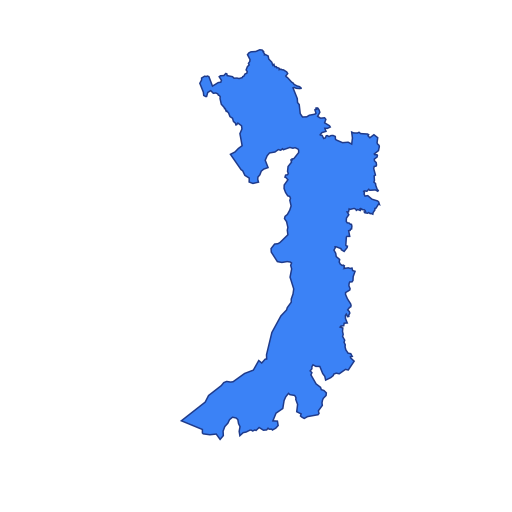 the border of Inner Mongol, rotated 301°
{"feature_id": "CHN-1838", "entity_name": "Inner Mongol", "entity_type": "Autonomous Region", "adm_level": 1, "iso_a3": "CHN", "parent_name": "China", "parent_adm1": "", "projection": "albers", "projection_center": [116.94, 45.357], "detail": "fine", "context": "isolated", "style": "filled", "palette": "blue", "viewbox_px": 512, "rotation_deg": 301, "n_neighbors": 0, "source": "natural_earth", "source_scale": "10m", "svg_char_len": 6156}
<svg xmlns="http://www.w3.org/2000/svg" viewBox="0 0 512 512"><g transform="rotate(301 256 256)"><path d="M320.6,220.1L316.6,216.0L315.9,212.0L319.3,210.1L319.4,204.9L322.2,200.7L322.3,198.8L330.0,181.7L334.3,184.4L339.1,185.5L343.4,187.3L352.6,179.2L357.7,178.5L360.2,176.5L360.6,172.0L358.5,171.8L358.0,171.2L359.2,170.2L359.7,167.4L362.0,164.9L362.1,161.9L364.5,158.8L365.0,157.0L364.7,156.2L365.3,156.2L365.3,155.1L366.3,154.1L366.1,153.1L366.7,152.9L368.2,148.1L372.4,144.1L374.1,143.3L374.7,141.9L374.5,140.9L375.3,139.6L375.0,137.5L373.5,135.6L374.4,132.0L371.3,130.4L367.3,131.5L366.8,130.9L366.7,128.5L369.3,126.5L375.1,118.9L378.9,118.7L380.5,117.7L383.7,119.4L384.2,120.9L385.2,121.6L385.5,123.2L379.2,131.2L385.2,134.3L386.8,136.3L388.8,135.9L390.7,132.1L392.2,132.7L394.1,135.5L396.9,136.1L397.1,137.2L395.8,138.4L397.6,143.5L397.1,145.6L398.7,148.0L399.4,150.1L401.9,152.4L402.9,152.2L404.0,153.0L406.2,152.8L408.0,154.0L409.7,153.4L410.4,151.7L413.9,151.1L416.3,151.7L417.2,150.3L419.5,150.5L421.3,149.7L424.2,145.0L426.5,145.3L428.4,146.5L431.2,150.5L434.7,153.0L435.7,155.2L435.2,157.1L434.7,156.9L433.6,159.3L432.8,159.6L433.5,160.5L433.7,163.4L431.4,165.5L430.2,169.8L428.5,171.7L429.3,172.4L428.3,172.7L429.0,173.3L427.9,174.6L428.7,175.8L428.0,177.0L428.6,177.5L428.8,179.6L427.7,179.9L429.1,181.6L429.0,182.3L429.7,183.7L429.6,187.5L428.7,189.2L425.6,188.8L425.1,190.0L425.2,190.9L423.4,196.9L423.4,198.7L422.7,200.2L422.9,203.7L423.6,206.0L423.3,208.0L422.9,208.3L422.0,207.2L420.5,204.2L420.1,201.8L419.2,201.1L412.2,210.3L408.9,212.6L408.1,215.0L400.8,220.6L399.1,224.3L401.4,227.8L404.1,229.2L407.9,233.4L409.3,233.9L411.6,231.2L412.5,231.4L412.9,232.6L413.6,232.6L413.9,231.5L414.4,232.0L414.6,232.9L413.7,234.8L412.1,236.7L407.4,236.9L407.4,240.4L409.8,243.6L409.1,245.5L405.5,246.2L405.5,251.9L404.8,253.2L402.2,251.5L400.9,249.2L398.9,251.8L395.8,249.0L393.1,248.5L392.8,248.8L393.4,250.6L391.6,253.5L393.0,254.6L395.3,254.3L395.9,255.1L396.0,257.1L397.9,258.3L399.0,260.0L399.3,262.4L397.1,263.9L396.8,265.0L397.7,271.8L401.0,276.4L401.2,280.4L406.8,277.9L411.5,274.2L411.8,276.4L413.7,279.7L415.1,280.6L414.8,282.6L418.0,288.8L418.0,290.1L416.7,290.1L416.0,292.7L420.7,294.6L420.1,299.4L415.5,301.4L414.6,302.5L414.2,304.5L413.2,305.4L409.4,306.7L404.4,304.8L404.0,305.6L405.1,307.6L404.7,308.3L403.2,308.8L400.0,307.5L398.6,308.5L398.0,310.9L396.0,312.5L394.8,312.6L393.7,311.2L391.5,311.9L386.9,316.7L385.5,316.0L381.8,318.6L380.1,319.0L379.7,321.1L378.1,322.4L375.6,325.5L375.1,327.1L374.2,327.0L374.1,324.3L370.9,319.6L371.3,318.3L368.6,317.7L367.8,315.6L366.9,315.0L366.3,316.2L364.7,316.8L363.5,318.6L365.3,320.7L364.4,326.1L365.8,331.8L365.5,333.3L363.8,335.2L363.8,334.3L358.8,334.2L358.0,333.4L356.7,334.2L353.6,334.0L352.0,334.6L351.7,332.6L351.1,332.1L351.3,330.2L350.2,329.7L349.1,327.0L349.5,326.1L350.6,326.9L351.1,326.3L351.4,324.9L350.7,324.0L350.7,321.3L350.1,320.9L349.5,322.0L348.7,322.0L348.3,319.3L346.8,318.5L347.5,317.5L347.3,315.6L344.3,312.5L344.3,311.6L341.5,312.6L340.7,311.4L339.2,314.3L335.1,314.0L332.2,315.5L331.4,317.1L332.2,318.9L331.8,320.5L332.3,321.5L331.0,322.8L328.4,324.0L327.6,323.2L326.4,323.5L325.4,322.4L321.1,326.2L319.6,323.8L318.8,323.7L311.5,327.4L311.2,328.0L311.5,329.3L310.2,329.8L305.3,329.2L305.3,325.9L306.1,325.0L305.1,319.6L304.6,319.0L303.9,319.7L301.2,319.8L299.4,322.9L296.8,325.1L296.1,329.5L293.7,330.4L292.5,332.3L292.2,334.7L293.1,335.4L293.1,336.8L291.9,337.0L291.5,338.2L290.8,338.1L293.4,341.2L293.8,343.1L295.1,344.5L293.3,346.3L293.9,348.8L288.4,349.9L285.0,351.7L283.3,351.6L282.0,349.7L280.3,350.0L278.4,350.9L276.4,353.5L275.2,353.9L270.8,351.6L269.1,352.6L266.4,356.4L263.7,361.8L262.5,363.0L261.2,363.4L260.2,362.7L257.1,362.3L256.5,364.5L255.4,365.8L252.9,366.0L252.0,366.7L251.2,365.9L252.7,363.3L251.0,363.3L248.5,364.9L245.6,368.7L243.8,366.2L241.4,367.1L239.7,364.9L238.4,364.7L239.0,367.5L235.9,369.0L233.7,371.1L231.6,371.7L229.5,375.4L227.4,375.9L225.9,378.2L223.9,379.2L221.8,381.4L220.1,385.0L221.1,387.5L219.5,390.2L218.3,388.8L217.4,389.6L216.4,394.3L205.8,393.8L204.9,391.1L197.9,388.0L196.9,385.1L194.8,383.5L193.3,383.8L190.2,382.7L185.5,379.6L188.3,376.9L189.6,373.7L194.2,367.6L192.2,364.1L192.1,360.9L189.9,360.9L188.1,362.0L185.4,361.6L184.8,364.0L182.4,364.3L177.3,373.4L176.7,378.9L175.1,380.8L175.7,383.5L174.9,386.8L172.5,387.9L168.7,387.0L166.9,387.2L164.1,388.2L162.1,389.8L155.4,389.2L153.5,391.1L151.9,390.9L144.9,382.9L141.6,381.0L141.5,378.3L141.8,376.5L143.9,376.0L143.5,371.1L150.2,368.1L153.5,364.0L155.0,363.3L156.0,361.9L156.3,360.7L154.6,356.4L155.0,354.6L150.7,354.0L146.6,354.5L139.1,357.5L131.6,354.1L123.4,355.4L125.5,359.4L122.1,362.3L118.6,361.6L115.3,359.7L115.7,358.7L114.3,356.4L114.6,355.0L112.4,354.7L110.5,352.1L110.6,347.0L106.5,345.9L106.3,344.6L104.3,343.3L104.3,341.6L103.6,340.5L99.9,338.1L98.0,336.0L93.7,334.7L97.0,331.9L101.5,330.2L103.3,327.4L106.5,324.6L106.9,322.3L105.7,318.9L102.1,317.6L98.2,318.0L93.7,317.1L88.9,318.0L85.2,320.5L80.3,319.7L82.9,313.6L79.0,308.5L76.4,302.4L76.7,301.2L79.7,299.4L76.3,276.9L104.6,287.7L112.0,287.2L127.0,293.0L130.9,293.6L133.4,295.5L134.8,299.1L136.4,301.1L149.4,306.7L156.8,312.5L167.8,312.2L167.2,316.0L172.3,317.0L173.2,318.2L176.7,315.9L198.6,309.0L217.5,308.2L225.5,310.0L227.8,309.4L234.6,310.0L237.2,308.4L242.5,307.3L247.2,305.3L255.4,296.1L263.3,293.2L265.9,290.5L268.3,290.1L268.5,288.5L267.3,285.6L263.8,281.5L262.2,277.2L267.2,267.1L270.1,265.1L275.8,265.8L277.9,268.5L279.9,269.6L290.6,272.4L294.3,269.5L296.9,268.6L301.2,264.5L302.7,261.2L304.9,260.5L307.8,261.5L312.8,261.3L317.0,260.3L321.2,256.3L323.3,255.8L324.4,254.1L323.9,252.2L325.7,248.6L328.3,245.3L331.4,243.6L337.8,244.1L338.7,241.1L338.5,240.2L340.6,239.7L341.9,241.2L343.5,241.1L344.7,239.5L349.2,237.4L354.7,238.1L356.3,236.5L357.0,237.5L357.7,236.9L358.9,238.3L366.6,239.3L368.7,238.0L369.3,236.9L369.0,233.7L367.4,232.1L366.5,229.1L361.2,224.7L361.6,223.5L359.4,222.7L358.7,220.3L354.9,218.7L351.3,214.5L347.8,213.9L342.8,214.6L338.0,220.8L334.5,217.9L331.5,216.8L327.6,217.5L324.6,217.0L322.6,218.0L320.6,220.1Z" fill="#3b82f6" stroke="#1e3a8a" stroke-width="1.5"/></g></svg>